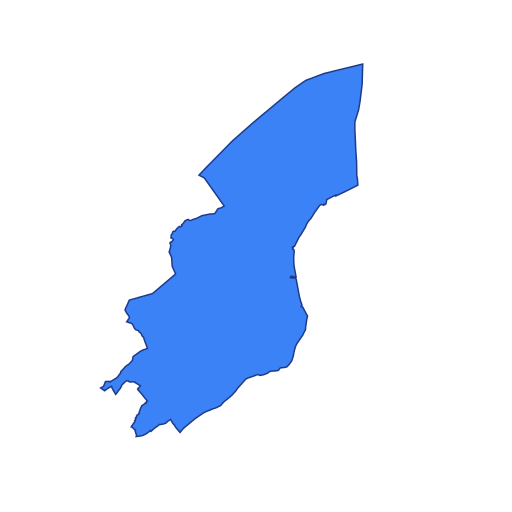 the district of Leusden, Utrecht, Netherlands, rotated 131°
{"feature_id": "6326949B9331427196027", "entity_name": "Leusden", "entity_type": "district", "adm_level": 2, "iso_a3": "NLD", "parent_name": "Netherlands", "parent_adm1": "Utrecht", "projection": "equal_earth", "projection_center": [5.449, 52.125], "detail": "fine", "context": "isolated", "style": "filled", "palette": "blue", "viewbox_px": 512, "rotation_deg": 131, "n_neighbors": 0, "source": "geoboundaries", "source_scale": "gbopen_adm2", "svg_char_len": 5956}
<svg xmlns="http://www.w3.org/2000/svg" viewBox="0 0 512 512"><g transform="rotate(131 256 256)"><path d="M401.7,189.2L401.6,189.3L400.6,188.8L397.7,187.1L397.1,186.7L392.4,184.7L391.7,184.6L387.4,184.6L379.4,183.2L377.4,182.9L370.8,182.7L369.2,183.0L368.6,183.1L359.2,183.0L355.6,182.9L354.6,182.6L353.0,181.8L346.9,178.3L346.7,178.4L345.3,177.5L344.2,176.7L343.9,176.0L343.7,175.1L343.3,174.4L340.6,172.4L339.5,171.8L337.3,170.6L336.3,170.3L334.4,169.9L333.3,169.3L332.6,168.7L331.7,167.7L329.9,165.9L328.3,164.5L327.8,164.2L327.3,164.1L325.4,164.2L324.7,164.2L324.2,164.0L323.5,163.4L323.0,162.8L321.4,161.4L320.3,160.5L319.4,160.0L318.9,159.9L316.1,159.9L312.7,160.1L311.3,160.4L307.1,162.2L303.4,164.4L299.7,166.2L298.3,166.8L297.2,167.2L294.4,167.8L290.2,168.2L287.7,168.6L285.5,168.7L284.3,169.0L283.6,169.2L281.8,169.7L279.5,170.2L278.7,170.6L277.1,171.9L274.3,173.7L270.3,176.2L267.4,177.8L267.0,179.1L265.8,182.4L264.0,186.8L263.9,188.1L264.5,188.7L264.2,188.9L263.7,188.6L262.7,189.3L260.8,192.7L257.9,196.9L253.0,203.1L251.4,205.1L249.1,208.0L247.2,210.3L247.0,211.1L247.0,211.9L248.2,213.7L249.4,214.7L249.6,215.0L249.3,215.9L249.5,216.1L248.8,216.4L248.7,216.2L248.1,216.0L247.2,214.7L247.5,214.6L245.6,211.9L239.1,220.1L237.8,221.5L236.1,223.2L233.4,225.7L231.1,227.6L227.4,230.2L226.9,230.8L226.5,231.4L226.5,232.4L226.8,232.7L226.8,233.0L225.9,233.1L225.6,233.3L225.5,233.5L225.5,234.3L224.9,234.3L224.7,233.9L224.4,233.7L224.1,233.7L223.7,233.7L223.5,233.3L213.0,236.0L212.9,235.9L209.9,236.2L202.0,237.6L198.7,238.7L196.6,239.1L194.6,239.3L192.1,239.2L191.0,239.3L184.0,240.4L176.3,241.1L175.4,241.1L174.6,240.8L174.3,240.6L173.3,238.4L172.6,238.6L172.2,237.7L171.3,238.0L170.8,237.4L169.8,238.0L167.9,239.0L167.1,239.6L160.7,237.1L157.6,235.7L158.3,235.1L155.6,233.9L146.8,230.1L135.7,225.6L131.4,229.9L129.0,232.9L119.0,241.8L111.2,249.6L101.4,258.9L96.4,263.7L90.0,269.3L78.5,274.4L70.9,279.0L56.7,288.6L41.1,301.4L65.5,318.7L68.9,321.0L73.5,324.3L90.5,333.5L93.9,334.5L103.8,337.0L119.4,339.6L139.6,342.8L144.8,343.7L157.6,345.7L183.0,349.1L185.8,349.4L199.3,350.2L222.8,351.7L232.4,352.1L232.4,351.8L232.2,351.2L231.1,346.8L231.1,346.4L231.2,345.4L237.0,321.5L238.1,317.2L238.9,313.4L239.1,312.8L241.4,313.6L242.5,313.8L243.5,314.5L244.6,315.4L245.2,315.7L245.9,315.7L250.6,315.0L251.1,315.0L253.0,316.6L254.4,318.2L261.2,323.4L261.5,323.5L262.4,323.8L265.9,325.3L266.2,325.3L266.6,325.5L268.8,327.0L270.0,327.6L271.2,328.1L272.3,328.7L272.6,329.2L272.8,329.9L272.8,331.0L273.3,331.5L274.1,332.0L275.3,332.3L276.1,332.7L279.3,332.3L280.6,332.5L281.2,332.7L281.4,332.6L281.5,332.4L281.5,332.0L281.7,331.7L282.2,331.6L282.5,331.6L283.2,332.0L283.7,333.0L284.3,333.3L285.3,333.5L287.6,333.7L288.8,333.6L290.1,333.2L290.6,333.4L291.3,334.5L292.0,334.6L292.4,334.6L293.0,334.4L294.2,333.8L294.6,333.7L295.2,333.9L295.6,333.8L296.3,333.4L297.3,332.5L298.0,332.3L298.1,332.1L297.7,330.8L297.7,330.3L297.7,329.4L297.8,329.1L299.0,328.9L300.6,329.0L301.0,328.9L301.4,329.4L301.7,329.7L302.1,329.6L302.8,329.3L302.9,329.1L303.4,328.2L303.7,327.5L304.6,326.8L305.2,326.6L305.9,325.9L307.2,325.5L308.8,324.5L309.3,324.4L309.8,324.4L310.3,323.4L312.4,318.8L318.8,312.4L320.0,309.8L322.1,305.2L322.3,304.9L331.1,306.2L339.4,307.5L352.0,309.4L352.3,309.5L372.4,322.7L374.3,322.1L376.4,321.4L381.8,319.9L382.5,319.3L382.9,319.1L383.0,318.9L383.0,318.6L383.8,316.5L384.7,312.6L385.0,311.9L385.5,311.1L390.5,310.4L390.2,309.9L389.5,307.8L389.0,307.2L388.9,306.6L388.6,306.1L388.5,305.5L388.7,304.0L388.8,303.6L390.2,300.6L390.5,299.4L390.5,298.3L390.4,297.9L390.1,297.3L389.4,295.9L390.0,294.6L389.8,293.9L389.8,293.5L390.0,291.6L390.9,289.8L391.1,289.4L391.2,288.9L391.0,288.4L391.0,287.9L391.2,287.5L393.1,284.3L396.9,277.3L398.7,278.2L400.4,279.3L403.6,280.7L410.5,282.3L412.5,282.8L415.6,281.0L415.9,280.8L421.6,281.0L422.4,281.4L424.1,281.8L425.5,282.0L428.3,282.0L431.9,282.2L432.8,281.8L433.7,281.2L434.8,281.5L435.9,281.3L438.9,281.1L446.7,283.5L446.4,283.9L449.1,286.9L449.5,287.2L450.0,287.1L454.2,285.6L454.8,285.7L457.5,286.7L457.1,282.0L456.3,282.1L456.1,281.5L455.1,281.5L453.6,281.1L449.1,279.5L450.1,278.0L450.9,275.3L451.1,275.4L452.5,271.1L451.4,271.1L448.0,271.4L444.7,271.6L443.7,271.8L442.0,272.4L441.2,272.6L436.8,272.2L434.6,271.6L434.4,270.7L434.2,270.5L434.1,270.1L434.2,269.9L434.2,269.7L434.1,269.1L433.0,267.5L432.4,267.1L431.8,266.6L430.7,265.1L430.6,264.6L430.9,264.4L430.6,263.2L430.4,261.6L430.2,261.0L430.1,259.7L429.9,259.1L430.0,258.2L429.9,258.1L429.9,257.9L430.0,257.9L431.1,258.0L433.6,258.2L433.7,257.5L434.3,257.6L434.6,256.2L434.9,253.4L435.5,249.6L435.8,248.2L436.0,247.4L436.1,246.6L436.7,243.0L436.9,243.2L437.0,243.2L437.6,243.2L438.8,242.5L439.2,242.3L439.4,242.6L439.2,243.0L439.4,243.1L440.6,243.1L442.0,243.4L442.7,243.7L443.2,243.7L444.2,244.0L444.4,243.9L444.4,243.7L444.5,243.6L445.6,243.5L446.2,243.3L447.0,243.1L448.7,242.3L449.9,242.0L450.9,241.3L451.2,241.3L451.7,241.3L451.7,241.2L451.8,240.8L452.2,240.8L452.8,240.8L454.1,241.4L454.4,241.1L454.5,241.1L455.4,241.2L456.1,240.5L456.7,240.2L456.9,240.2L457.1,240.7L457.3,240.8L457.5,240.7L457.4,240.4L457.4,240.2L459.2,239.4L459.4,239.4L459.8,239.6L460.0,239.1L460.4,238.7L460.6,238.6L462.4,238.7L464.4,238.4L465.1,238.2L465.8,238.3L466.4,238.2L466.9,238.0L466.7,237.7L466.4,237.1L466.6,235.2L466.6,233.8L466.5,233.1L466.4,233.1L466.3,232.8L467.3,232.5L469.8,228.4L470.9,228.0L467.5,225.0L465.9,223.8L462.9,222.5L461.5,222.0L456.9,221.1L457.2,220.2L453.0,219.7L451.1,219.3L450.4,219.2L450.0,219.1L449.9,218.9L446.9,218.3L446.6,218.4L445.8,217.5L443.7,215.8L443.0,215.3L442.5,215.1L441.1,214.4L440.8,214.3L438.9,214.2L438.0,214.0L435.4,213.3L436.7,209.6L436.9,208.8L437.1,207.9L436.9,207.9L436.9,207.7L437.0,207.0L437.3,206.0L437.7,205.2L438.0,204.0L438.6,200.6L439.0,197.8L439.0,197.5L438.2,197.6L435.1,197.7L433.2,197.6L418.9,195.3L411.5,193.4L409.0,192.7L406.1,191.6L401.7,189.2Z" fill="#3b82f6" stroke="#1e3a8a" stroke-width="1.5"/></g></svg>